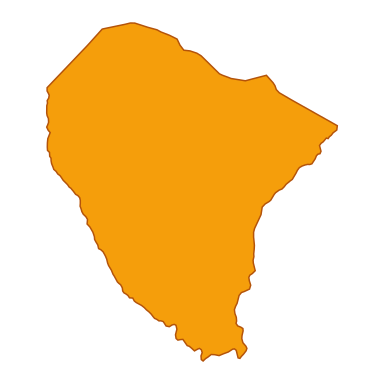 São Domingos do Araguaia, Pará, Brazil
{"feature_id": "56859067B37534389991606", "entity_name": "São Domingos do Araguaia", "entity_type": "district", "adm_level": 2, "iso_a3": "BRA", "parent_name": "Brazil", "parent_adm1": "Pará", "projection": "equal_earth", "projection_center": [-48.722, -5.682], "detail": "fine", "context": "isolated", "style": "filled", "palette": "amber", "viewbox_px": 384, "rotation_deg": 0, "n_neighbors": 0, "source": "geoboundaries", "source_scale": "gbopen_adm2", "svg_char_len": 2778}
<svg xmlns="http://www.w3.org/2000/svg" viewBox="0 0 384 384"><path d="M337.3,125.7L293.6,101.1L290.8,99.5L279.3,92.8L276.3,89.6L275.0,85.8L273.1,82.8L266.4,75.3L252.9,78.8L245.4,80.8L231.1,78.5L228.1,77.3L222.6,75.3L219.4,73.8L201.2,55.9L196.9,53.2L190.0,50.9L183.8,50.2L180.0,45.2L177.1,39.1L169.5,35.3L161.0,32.0L157.0,29.8L147.8,27.3L134.8,23.1L130.4,23.0L125.1,24.3L103.9,28.7L102.2,29.1L87.4,45.5L47.1,87.7L47.1,91.0L48.2,93.0L49.2,95.2L48.7,98.1L47.2,100.6L47.5,103.1L46.8,105.7L46.7,113.0L47.1,115.6L48.4,118.5L48.6,122.3L47.7,124.9L46.7,127.1L48.2,130.3L50.2,132.6L49.2,135.1L47.8,138.7L47.4,142.8L47.3,147.0L47.5,150.4L49.5,152.4L49.7,156.3L51.0,158.2L51.1,160.9L51.6,163.6L53.0,167.1L53.8,169.4L56.1,171.4L57.8,174.0L60.1,175.7L61.5,177.7L63.2,180.3L67.6,184.7L69.2,187.1L70.8,188.2L73.4,191.3L75.6,194.3L77.9,195.6L79.7,197.7L80.3,200.3L80.3,203.3L80.1,206.2L81.0,208.6L81.9,211.7L83.4,214.4L85.8,216.6L87.5,219.4L87.1,224.0L89.9,227.0L92.9,232.2L94.4,236.7L94.6,239.4L95.8,241.7L97.8,245.0L98.6,248.6L100.8,249.7L103.1,251.8L105.4,256.0L106.7,259.1L107.6,263.0L108.6,265.6L111.4,270.2L113.0,274.2L114.3,276.2L117.4,281.9L118.9,283.4L120.6,284.7L122.3,287.8L122.7,291.0L123.9,292.8L126.0,294.0L127.9,295.4L129.5,297.8L132.8,298.1L134.3,301.0L136.3,302.6L141.5,305.4L144.3,307.6L146.4,309.8L148.9,311.8L151.1,314.0L153.3,316.9L154.6,318.4L156.7,319.3L159.0,320.9L160.9,320.8L163.3,321.6L164.7,323.8L166.1,326.0L169.3,326.7L172.2,324.9L174.3,324.4L176.0,325.3L176.9,329.2L175.5,334.8L176.1,338.5L177.9,340.1L180.4,339.6L182.9,339.4L185.6,343.3L187.2,345.6L189.3,346.3L191.6,348.2L194.5,350.9L197.5,349.2L199.4,348.4L201.3,349.7L202.2,352.6L201.0,355.9L201.3,359.6L203.1,361.0L205.7,358.5L207.9,357.1L211.2,354.5L214.8,354.7L219.1,355.6L223.4,353.8L228.3,352.0L232.6,349.2L234.5,348.9L236.2,350.3L238.1,357.9L239.9,358.4L241.4,356.4L243.5,354.2L246.1,350.8L246.9,348.4L245.9,346.2L242.9,342.7L241.8,338.6L242.0,335.7L243.1,330.9L242.9,328.5L240.9,327.2L237.7,325.9L236.0,323.3L236.6,321.1L236.3,317.3L234.9,313.5L234.4,309.7L235.5,306.5L237.1,303.3L239.1,295.4L241.5,292.5L244.1,291.6L249.5,289.1L250.7,285.2L249.4,281.0L248.8,277.5L249.8,275.2L252.4,273.5L255.2,270.7L253.3,263.0L253.1,260.1L253.9,256.7L253.7,253.9L254.2,249.2L254.4,245.4L253.6,237.1L253.6,232.2L254.6,228.4L261.0,214.7L262.2,207.1L265.2,203.9L269.2,201.5L270.8,200.1L274.2,194.4L275.6,192.7L279.2,190.1L282.0,189.0L284.1,186.9L286.1,184.3L290.2,180.9L292.3,179.4L296.1,173.0L297.4,170.3L299.4,167.6L302.2,166.0L305.0,165.0L307.6,164.4L309.8,164.5L311.9,163.8L315.2,158.8L316.4,155.8L317.9,154.2L320.0,153.7L321.0,151.3L319.5,145.5L321.0,143.4L323.2,141.8L326.3,138.1L328.1,138.6L329.3,136.8L331.3,135.2L333.1,132.8L336.8,130.0L337.3,125.7Z" fill="#f59e0b" stroke="#b45309" stroke-width="1.5"/></svg>